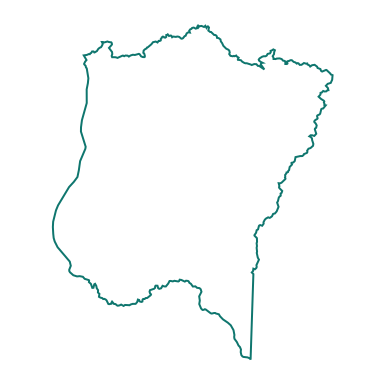 Los Lagos, Neuquén, Argentina, rotated 91°
{"feature_id": "61730980B98633333764723", "entity_name": "Los Lagos", "entity_type": "district", "adm_level": 2, "iso_a3": "ARG", "parent_name": "Argentina", "parent_adm1": "Neuquén", "projection": "albers", "projection_center": [-71.671, -40.754], "detail": "fine", "context": "isolated", "style": "outline", "palette": "teal", "viewbox_px": 384, "rotation_deg": 91, "n_neighbors": 0, "source": "geoboundaries", "source_scale": "gbopen_adm2", "svg_char_len": 5818}
<svg xmlns="http://www.w3.org/2000/svg" viewBox="0 0 384 384"><g transform="rotate(91 192 192)"><path d="M103.0,59.8L102.7,61.2L101.4,61.1L100.3,61.7L99.1,61.3L98.4,61.8L96.7,64.6L94.5,67.1L92.4,65.3L90.6,65.2L90.3,64.0L88.7,62.6L89.2,61.3L89.0,59.4L87.9,58.4L87.8,57.4L85.7,57.9L83.5,60.0L81.5,58.2L80.5,55.2L77.3,53.8L72.7,53.5L72.0,55.3L71.1,55.8L67.7,59.6L67.6,60.1L69.3,64.0L68.6,65.1L66.8,65.8L65.8,68.6L64.5,69.1L62.7,71.6L63.1,74.1L64.5,76.0L63.4,76.8L62.5,78.7L61.5,79.0L61.7,80.2L61.1,82.3L62.9,84.7L63.0,86.5L61.5,87.8L61.3,88.6L61.8,89.5L60.7,90.8L60.1,92.7L58.5,94.5L58.5,95.8L59.3,97.4L59.6,98.8L60.1,99.2L61.9,98.8L62.4,99.4L62.4,100.9L59.8,101.0L59.3,101.8L59.1,103.2L57.5,104.7L56.9,106.7L57.1,109.5L57.6,110.7L57.6,112.8L56.2,112.9L54.8,113.7L52.7,112.4L50.8,112.3L48.8,111.6L48.0,113.2L48.9,114.4L49.5,115.9L50.8,115.7L52.0,116.4L52.6,118.8L54.3,119.7L55.0,120.8L55.0,122.6L55.5,124.2L57.2,126.7L58.4,127.6L59.4,127.3L60.7,125.6L61.6,123.7L61.8,125.0L63.2,125.5L68.2,121.8L64.8,127.0L64.7,128.4L63.1,129.8L63.0,132.0L64.0,134.5L63.5,135.5L62.3,139.5L62.4,140.5L62.1,141.8L60.8,144.1L59.4,145.4L59.0,148.4L58.4,148.5L56.9,147.7L55.6,149.7L54.8,150.2L55.5,151.7L55.2,152.5L55.6,153.5L55.2,155.9L53.4,157.2L51.9,156.7L50.0,157.2L49.1,158.1L48.1,160.3L45.3,163.2L42.6,164.5L40.9,165.8L39.0,166.2L37.7,168.0L37.4,169.7L35.9,169.9L34.7,171.1L34.6,172.6L31.7,175.7L31.7,176.6L30.3,178.5L27.2,177.9L26.1,179.0L26.7,180.0L27.6,180.4L25.6,181.6L26.8,182.8L25.8,185.4L26.2,187.7L25.4,188.8L26.2,189.4L27.4,188.5L28.1,189.1L27.8,190.1L28.4,190.5L28.6,191.2L27.7,192.8L27.6,193.6L28.1,194.9L28.9,195.4L29.4,196.6L30.8,197.6L32.6,196.9L32.4,198.3L32.7,199.0L33.5,200.1L35.9,201.1L36.3,202.1L38.4,203.7L38.9,204.8L38.8,205.5L37.2,207.4L36.9,208.5L36.8,209.5L37.2,210.8L36.9,213.7L37.6,214.6L36.1,215.5L35.9,215.9L36.4,217.7L34.8,219.0L35.5,219.8L35.5,220.4L37.4,220.5L38.1,221.3L38.0,222.5L37.4,222.9L37.1,223.8L38.0,225.0L39.0,225.2L39.6,225.9L41.0,225.9L41.6,227.0L41.5,228.0L43.1,229.1L42.2,230.9L42.9,233.6L45.0,235.2L48.0,238.6L48.4,239.6L49.2,239.9L50.1,241.5L51.4,242.8L53.7,243.1L54.4,242.2L56.8,241.5L57.7,241.6L58.0,242.1L57.9,243.7L57.2,245.3L55.2,246.7L54.8,247.5L56.0,251.5L55.8,253.5L56.6,255.9L57.7,257.5L56.8,258.7L56.7,260.9L57.4,262.2L56.8,263.4L57.0,264.1L59.2,268.8L58.6,270.7L58.6,274.2L57.4,274.7L55.4,274.1L53.4,274.4L49.4,277.5L46.6,275.1L45.8,274.6L44.6,274.8L43.8,275.3L43.5,277.7L43.0,279.2L44.0,282.4L43.6,283.6L43.6,284.7L45.4,283.8L47.2,284.5L48.8,285.5L49.5,287.0L50.7,288.3L52.7,289.5L54.1,291.7L54.2,292.1L53.2,292.9L53.2,294.3L54.7,295.2L55.1,296.0L56.0,296.6L55.9,297.6L56.8,299.6L57.3,302.6L61.9,299.8L63.5,301.1L65.7,302.1L66.2,302.0L67.8,300.5L69.3,300.2L70.2,299.4L80.1,297.6L85.0,298.0L91.2,299.1L104.9,298.8L122.1,303.3L129.2,304.1L133.5,304.1L148.6,299.1L150.7,299.4L163.1,304.4L172.1,305.5L179.0,306.8L183.9,310.3L189.2,315.0L207.7,325.7L212.8,327.7L224.1,330.3L229.4,330.5L236.3,330.0L240.4,329.5L243.9,328.4L249.6,325.4L263.7,313.0L267.9,311.9L271.9,313.4L273.2,313.3L274.4,312.6L277.3,309.2L278.4,305.5L278.1,302.8L278.7,299.6L280.7,297.8L281.9,293.6L282.4,293.3L283.9,293.5L285.6,291.5L289.6,290.0L289.5,288.9L286.0,288.1L285.5,287.3L287.5,286.1L290.0,285.5L291.8,284.2L294.1,284.3L295.5,282.8L298.4,283.2L299.2,281.7L299.7,279.8L300.6,278.9L300.4,277.7L301.1,276.3L301.9,275.5L305.4,273.7L305.6,272.9L305.1,270.6L304.0,270.6L303.0,270.0L305.3,268.0L305.4,266.5L306.7,265.0L307.0,264.2L306.6,262.4L305.8,260.9L307.1,258.4L306.1,257.0L306.3,252.4L305.6,251.5L304.9,249.4L304.8,246.4L303.0,244.9L300.5,244.2L300.9,243.0L301.8,242.9L302.3,242.4L302.8,240.8L302.6,240.1L302.4,239.7L300.4,239.5L299.8,238.9L299.8,237.5L298.9,236.6L298.7,234.9L295.9,231.5L295.0,231.2L294.2,232.1L292.5,232.7L290.9,232.3L289.4,228.2L288.4,227.2L286.9,227.2L286.3,226.7L286.3,224.9L288.8,224.1L289.4,223.1L288.8,221.2L286.3,219.8L286.9,218.1L286.9,216.5L284.0,214.2L281.4,212.9L281.3,211.8L281.7,209.6L281.1,208.1L281.7,204.2L281.3,203.4L279.9,202.8L280.1,201.2L281.7,197.6L280.8,196.4L281.0,194.5L281.5,193.7L282.8,193.1L283.8,191.5L286.5,189.5L286.3,186.9L287.7,185.3L288.0,182.8L289.1,181.6L291.6,180.8L296.2,183.0L300.4,182.3L303.9,182.8L308.3,180.9L309.7,179.5L309.6,178.2L309.0,177.2L309.2,176.3L312.9,171.2L313.2,170.1L312.6,167.8L312.6,166.7L313.0,166.1L313.8,163.0L315.8,161.8L318.8,158.8L322.1,153.8L324.6,150.9L329.4,148.1L334.2,147.1L336.2,147.3L338.0,147.0L341.3,144.5L344.7,142.8L346.1,141.4L348.6,140.3L351.2,140.5L354.2,139.8L355.6,138.6L356.0,137.6L356.4,133.6L357.4,131.1L358.6,130.5L273.0,129.2L271.4,130.8L270.0,129.6L267.6,129.3L268.2,127.8L266.9,126.4L265.8,126.0L264.0,126.3L258.5,123.9L256.4,125.1L251.7,126.2L250.7,125.9L246.6,126.4L244.9,126.1L242.0,126.5L240.8,126.1L237.0,126.3L234.5,128.8L234.0,128.8L231.6,127.2L229.1,126.7L228.2,125.3L224.8,124.5L224.2,124.0L223.9,123.2L224.5,121.2L222.4,119.8L221.0,120.0L218.4,118.7L217.2,117.5L216.0,115.4L216.5,114.1L216.3,113.4L214.9,111.6L212.5,110.5L212.0,108.7L209.9,107.0L205.3,105.2L201.1,106.7L199.6,105.9L196.0,105.1L194.8,104.2L194.5,103.5L193.7,103.2L192.0,103.4L191.3,102.4L189.4,101.8L186.6,104.7L185.6,105.1L184.7,104.7L181.7,105.5L181.8,104.0L181.1,102.6L177.4,98.9L176.8,98.8L175.9,99.3L175.2,99.0L173.4,99.2L171.4,97.8L170.8,97.8L170.4,96.4L169.2,96.1L168.4,95.3L165.3,94.8L162.8,92.5L161.3,93.1L160.9,92.6L160.7,91.2L159.2,89.8L155.3,89.1L154.2,84.5L154.1,82.3L153.1,81.1L152.2,80.8L150.9,77.8L149.9,77.3L148.7,77.6L146.7,76.3L146.0,74.3L143.7,71.8L141.8,71.5L138.0,72.8L136.3,73.0L134.9,74.3L134.3,75.6L133.2,74.4L133.2,72.8L133.8,70.7L131.6,68.8L127.1,70.3L126.4,70.1L125.6,69.0L123.2,68.5L121.2,69.6L120.1,70.8L119.2,71.0L118.0,70.1L116.7,68.0L116.1,67.7L113.9,68.3L113.2,67.9L112.2,65.8L111.4,65.2L106.9,64.2L106.3,63.2L106.2,62.3L103.0,59.8Z" fill="none" stroke="#0f766e" stroke-width="2"/></g></svg>